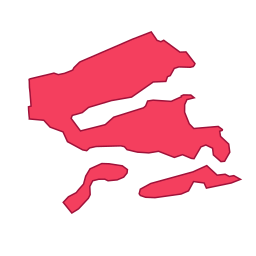 Newport, Rhode Island, United States of America, rotated 252°
{"feature_id": "52423323B54307219453205", "entity_name": "Newport", "entity_type": "district", "adm_level": 2, "iso_a3": "USA", "parent_name": "United States of America", "parent_adm1": "Rhode Island", "projection": "mercator", "projection_center": [-71.264, 41.562], "detail": "fine", "context": "isolated", "style": "filled", "palette": "rose", "viewbox_px": 256, "rotation_deg": 252, "n_neighbors": 0, "source": "geoboundaries", "source_scale": "gbopen_adm2", "svg_char_len": 1931}
<svg xmlns="http://www.w3.org/2000/svg" viewBox="0 0 256 256"><g transform="rotate(252 128 128)"><path d="M167.1,36.9L161.4,50.3L157.4,52.1L152.9,54.2L144.4,65.0L137.3,65.8L133.7,66.2L131.1,68.7L121.2,78.1L119.2,81.7L119.8,83.0L120.9,85.3L120.3,91.8L113.2,115.8L111.3,118.9L111.2,118.9L107.7,120.4L103.4,127.4L102.1,129.6L97.9,140.1L96.4,149.9L91.8,155.5L85.7,163.0L85.8,171.6L82.1,175.9L79.5,178.9L78.4,181.3L87.5,191.5L87.8,196.8L82.6,202.2L76.0,200.9L67.3,206.0L66.5,209.6L73.5,217.3L81.6,218.8L91.4,213.4L96.6,214.2L96.6,216.8L97.4,217.3L101.6,214.3L107.2,190.4L112.9,187.6L113.5,187.5L125.5,186.7L132.7,189.1L136.8,192.8L136.3,200.3L139.9,198.0L142.3,191.1L142.1,188.6L141.2,188.4L140.0,177.3L144.3,166.5L146.7,160.5L147.6,155.0L143.5,151.6L142.4,149.0L142.7,117.7L138.2,107.4L138.6,101.0L139.9,81.9L147.6,79.3L154.7,76.9L157.2,78.9L157.1,81.4L157.0,82.7L156.8,89.3L159.8,96.9L159.2,120.7L156.3,141.0L164.0,166.2L160.6,178.4L164.6,181.4L164.8,184.4L170.4,190.4L170.4,195.2L166.5,206.1L166.3,209.0L167.5,210.7L168.6,211.6L182.4,206.7L184.1,200.8L200.4,189.1L199.9,185.9L202.4,182.7L212.2,179.8L211.1,160.0L205.8,103.6L205.6,102.3L202.1,95.3L200.2,93.3L200.0,91.4L199.6,84.5L200.3,78.2L203.1,74.5L203.1,74.4L203.7,66.1L203.9,64.2L205.0,50.1L204.8,49.0L203.7,48.7L203.4,48.7L197.0,46.8L192.1,45.8L187.2,44.6L178.8,42.6L178.8,42.2L178.9,39.9L175.7,39.0L169.8,37.6L169.7,37.6L167.8,37.2L167.1,36.9ZM43.8,209.2L44.4,219.1L50.0,213.9L50.6,209.4L54.0,206.1L55.6,198.2L67.9,191.3L66.2,176.2L68.2,132.5L66.0,120.8L62.0,118.3L60.0,118.9L56.7,123.3L53.4,132.2L48.8,158.1L49.5,166.1L56.8,173.8L52.2,183.4L46.6,184.0L43.8,209.2ZM64.5,48.3L66.4,56.0L73.4,68.6L76.3,71.4L84.2,73.6L88.7,78.1L88.3,84.4L86.5,90.1L84.0,92.7L82.0,101.7L82.6,108.7L85.5,113.2L88.6,114.6L93.8,110.9L99.8,99.0L102.3,92.1L100.9,79.3L95.3,72.9L88.4,68.4L84.7,62.1L82.5,58.8L81.0,50.1L77.3,43.4L64.5,48.3Z" fill="#f43f5e" stroke="#9f1239" stroke-width="1.5"/></g></svg>